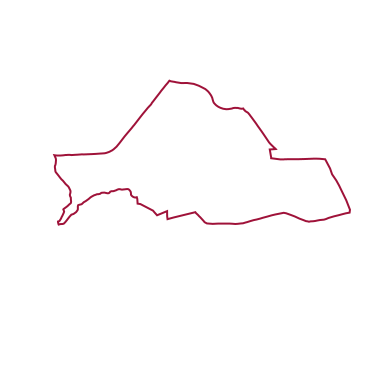 outline of San Juan Huactzinco, Tlaxcala, Mexico, rotated 231°
{"feature_id": "50627088B94791991588668", "entity_name": "San Juan Huactzinco", "entity_type": "district", "adm_level": 2, "iso_a3": "MEX", "parent_name": "Mexico", "parent_adm1": "Tlaxcala", "projection": "albers", "projection_center": [-98.251, 19.238], "detail": "fine", "context": "isolated", "style": "outline", "palette": "rose", "viewbox_px": 384, "rotation_deg": 231, "n_neighbors": 0, "source": "geoboundaries", "source_scale": "gbopen_adm2", "svg_char_len": 4257}
<svg xmlns="http://www.w3.org/2000/svg" viewBox="0 0 384 384"><g transform="rotate(231 192 192)"><path d="M248.3,74.4L248.8,76.8L249.4,79.2L249.9,81.4L250.3,84.0L249.5,86.1L249.3,89.3L249.9,91.6L250.5,92.5L252.5,94.1L253.0,94.6L253.4,95.3L253.0,96.4L252.4,97.6L252.0,98.5L252.0,99.4L252.2,101.3L251.8,103.8L251.6,107.3L251.7,109.4L251.6,110.9L251.3,112.5L251.1,113.7L250.5,115.3L250.0,116.9L249.3,117.7L248.5,119.3L248.4,120.0L248.4,121.0L247.9,121.8L246.7,123.5L244.2,125.5L243.5,126.5L243.4,127.5L243.7,128.6L243.5,129.4L243.3,129.9L242.0,131.6L241.7,132.5L241.1,134.1L240.8,135.6L240.2,137.0L239.5,137.8L238.3,138.7L237.6,139.5L237.1,140.4L236.9,140.6L235.8,142.4L235.0,143.6L234.5,144.1L234.0,144.4L233.2,144.6L231.7,144.6L230.8,144.5L230.2,144.2L229.5,143.8L228.7,143.2L228.3,142.9L227.8,142.8L227.0,142.8L225.8,143.0L224.6,143.5L223.9,144.0L223.4,144.4L223.1,144.9L222.7,145.8L221.0,145.1L217.2,142.4L215.1,144.3L202.0,150.0L200.2,150.0L195.9,150.2L192.8,160.6L188.9,157.5L186.3,155.9L183.7,161.8L174.2,181.9L173.2,181.8L170.5,182.2L168.6,182.3L167.3,182.5L162.3,182.8L160.6,182.8L158.2,183.8L156.3,185.8L154.9,187.3L154.3,187.9L153.2,189.4L151.3,192.0L148.3,195.8L144.0,201.1L142.0,203.3L139.9,205.5L138.5,207.5L136.6,210.5L135.6,211.9L134.6,214.4L133.9,215.9L132.7,219.0L131.3,222.3L130.0,224.8L128.4,228.3L127.4,230.8L125.4,235.3L123.7,239.3L122.1,242.6L118.1,250.2L116.2,251.8L111.9,254.4L108.3,256.5L103.6,258.8L99.9,261.0L97.7,262.2L96.4,263.4L95.3,264.2L94.5,265.8L93.2,267.5L91.9,269.6L91.0,271.4L89.7,273.8L88.5,275.6L87.5,277.1L86.7,279.0L85.9,281.8L83.7,287.1L81.7,291.3L80.2,294.7L78.7,298.0L76.8,301.5L78.8,303.6L88.6,306.7L100.3,309.4L104.5,310.4L110.2,311.4L117.6,312.0L123.4,314.1L133.6,316.1L137.5,312.1L139.4,309.9L140.8,308.2L141.2,307.7L146.5,300.6L151.1,294.6L154.2,290.8L159.0,284.8L159.6,283.8L161.0,282.1L161.8,281.1L164.4,278.6L168.4,274.8L168.6,275.0L176.1,279.2L172.9,283.8L172.7,284.1L173.1,284.1L174.6,283.8L177.1,283.5L179.7,283.2L182.1,283.1L184.2,283.3L188.7,283.7L192.2,284.0L196.1,284.3L196.5,284.3L199.5,284.5L201.5,284.6L205.0,284.9L211.0,285.2L213.4,285.3L214.2,285.3L215.7,285.4L217.9,285.4L218.6,285.3L221.1,284.4L221.6,284.3L222.1,284.4L222.4,284.4L223.0,284.2L223.7,284.2L224.6,284.4L225.5,282.9L226.6,281.9L228.5,280.5L229.6,279.2L230.4,278.3L231.2,277.0L231.6,276.1L231.7,275.6L233.6,272.3L234.8,270.7L237.1,268.6L239.5,267.1L241.6,266.1L244.0,265.4L245.6,265.2L247.3,265.1L248.1,265.2L249.3,265.6L250.5,266.1L251.4,266.5L252.5,267.0L255.0,267.6L257.7,267.8L259.9,267.8L262.3,267.4L263.7,267.1L266.9,265.7L268.9,264.8L270.4,264.1L271.9,263.2L274.9,261.4L279.8,256.8L283.4,252.2L287.3,248.7L288.6,247.7L289.7,246.7L291.4,245.2L292.7,244.5L292.6,243.9L292.4,243.1L292.2,242.5L291.9,240.9L291.5,238.6L290.7,235.1L290.0,231.7L289.4,229.5L288.1,223.9L286.9,218.9L286.5,217.0L285.9,215.5L285.7,214.4L285.6,213.6L285.5,212.8L285.5,212.4L285.3,211.7L285.3,211.0L285.2,210.6L284.6,207.7L283.6,202.7L282.8,199.2L281.1,192.0L280.4,189.0L280.2,187.7L279.7,185.6L279.4,184.0L279.0,181.9L278.5,179.2L277.6,174.6L275.7,166.7L275.5,165.8L275.0,163.3L274.7,161.9L274.6,159.9L274.6,159.6L274.5,157.8L274.6,156.8L274.6,156.1L275.0,154.4L275.1,153.6L275.3,152.9L275.5,152.2L275.8,151.5L276.2,150.3L276.8,149.0L277.2,148.3L278.8,146.0L279.6,144.9L282.1,141.3L284.2,138.4L289.4,131.4L290.5,130.2L291.1,129.3L293.4,126.0L294.5,124.5L295.4,123.2L296.2,122.1L296.7,121.4L297.3,120.9L297.9,120.2L298.9,119.0L299.7,117.8L300.4,116.9L301.3,115.4L302.1,114.2L303.3,112.5L303.9,111.8L305.1,110.3L306.1,109.2L307.2,108.2L304.7,107.5L304.2,107.4L303.5,107.1L302.7,106.6L302.2,106.2L300.0,104.1L299.0,102.9L298.6,102.0L298.0,101.4L297.2,100.8L295.3,99.7L294.3,99.0L293.6,98.7L293.0,98.6L292.4,98.6L290.2,98.6L286.2,98.5L284.1,98.5L282.0,98.8L280.6,98.8L277.7,98.8L274.2,99.3L273.1,99.2L269.7,98.4L269.0,98.0L268.4,97.5L267.8,96.8L267.3,96.2L266.9,95.5L266.4,95.1L265.6,94.7L264.9,94.5L263.9,94.3L262.6,93.3L260.5,91.9L259.9,91.2L259.6,90.7L259.6,88.8L259.4,86.6L259.4,85.2L259.6,81.4L259.4,81.0L258.6,80.8L258.1,80.6L257.4,80.4L256.7,79.5L255.2,76.5L254.5,74.8L253.8,73.5L252.9,70.8L253.1,69.9L253.4,69.3L253.1,69.0L251.3,68.1L250.6,67.9L249.9,69.5L248.6,71.3L248.1,72.4L248.3,74.4Z" fill="none" stroke="#9f1239" stroke-width="2"/></g></svg>